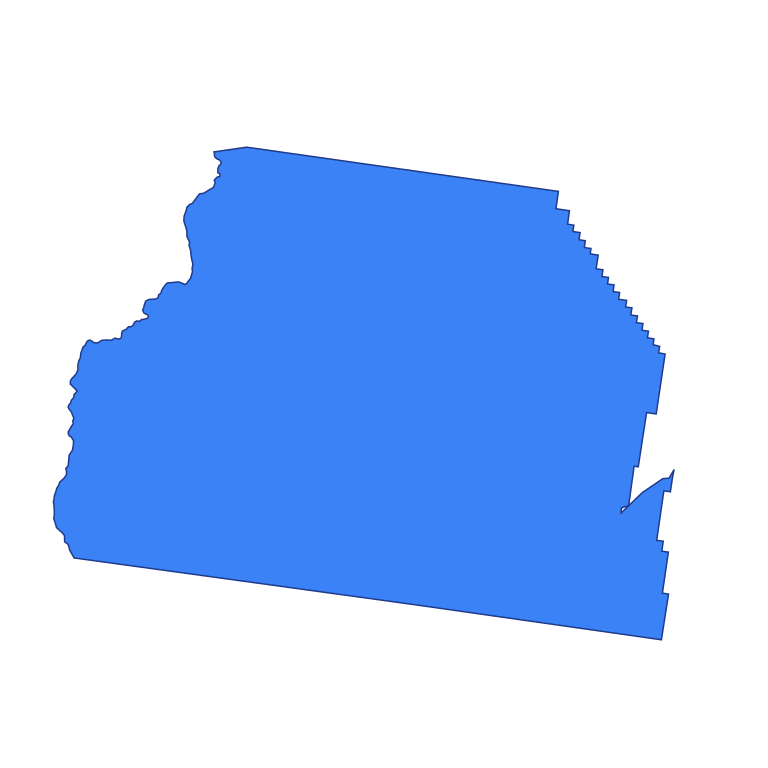 outline of Churchill, Nevada, United States of America, rotated 188°
{"feature_id": "52423323B65093392652388", "entity_name": "Churchill", "entity_type": "district", "adm_level": 2, "iso_a3": "USA", "parent_name": "United States of America", "parent_adm1": "Nevada", "projection": "equal_earth", "projection_center": [-117.959, 39.537], "detail": "fine", "context": "isolated", "style": "filled", "palette": "blue", "viewbox_px": 768, "rotation_deg": 188, "n_neighbors": 0, "source": "geoboundaries", "source_scale": "gbopen_adm2", "svg_char_len": 2978}
<svg xmlns="http://www.w3.org/2000/svg" viewBox="0 0 768 768"><g transform="rotate(188 384 384)"><path d="M238.1,599.0L553.0,599.4L584.7,590.2L584.3,589.3L583.7,586.7L583.3,585.8L582.3,584.6L581.0,583.9L579.7,583.3L578.2,583.1L577.2,582.2L575.8,580.4L576.6,578.5L577.8,577.1L578.5,574.4L577.9,570.1L575.5,569.0L575.7,566.2L577.6,566.0L579.1,564.3L580.5,562.1L579.2,560.0L580.2,554.9L583.6,552.4L589.0,547.8L593.1,546.7L596.3,541.0L599.0,536.1L601.4,534.8L603.7,531.8L604.1,528.1L605.3,522.5L604.9,517.6L602.2,511.9L600.5,508.2L599.7,502.7L596.4,497.8L596.3,494.0L594.3,489.9L592.9,484.2L591.5,480.0L589.9,476.1L590.1,471.5L589.3,468.5L590.2,462.0L592.6,457.7L593.6,455.9L595.4,454.7L596.4,455.4L601.7,456.5L606.0,455.5L608.9,454.7L612.1,454.2L613.9,452.5L615.3,449.9L616.5,447.5L617.3,445.2L617.5,442.9L619.6,440.9L619.7,438.0L621.9,436.4L625.3,435.7L628.5,435.0L631.5,433.0L632.3,429.5L632.5,426.6L633.3,423.6L631.7,421.0L629.5,420.0L627.3,419.6L626.8,418.7L626.8,417.1L627.7,416.0L630.5,414.7L633.1,414.1L635.1,411.8L637.3,412.2L639.5,410.6L641.0,406.6L643.3,405.2L644.7,405.3L646.0,404.0L646.3,402.8L648.5,401.3L650.5,400.0L650.8,397.4L650.6,395.3L650.6,393.6L651.6,392.2L653.6,391.6L656.8,392.0L660.0,389.4L665.0,389.0L669.5,388.0L671.6,386.2L673.4,384.8L676.8,384.5L681.2,386.6L683.1,385.8L684.3,384.2L685.2,380.9L687.1,378.9L687.7,376.0L688.5,372.5L688.5,370.7L688.4,367.5L689.4,364.6L689.8,361.0L689.4,357.4L689.0,355.7L689.7,353.0L690.4,350.9L692.4,348.0L694.5,344.9L694.9,343.0L694.6,340.2L692.9,339.0L690.2,337.0L688.8,335.8L686.9,334.3L687.9,332.5L689.5,330.5L689.3,327.5L691.4,324.3L691.7,321.5L692.9,319.9L693.6,317.3L692.5,315.5L689.6,312.6L687.9,309.5L686.3,306.9L687.1,303.7L686.1,301.5L687.8,298.3L689.0,295.2L690.1,292.4L689.4,290.2L688.2,288.6L686.6,288.2L684.5,285.9L683.5,284.4L683.2,281.3L683.2,278.4L683.4,274.8L684.8,272.0L685.9,269.6L685.7,265.9L685.4,258.9L687.4,256.2L686.3,253.5L685.8,250.0L687.6,246.4L691.3,241.9L692.2,238.2L693.6,235.1L694.0,231.5L694.9,227.7L694.7,224.4L695.0,221.0L694.1,218.8L693.3,214.9L692.7,211.6L692.2,207.8L692.4,205.1L691.4,203.0L689.8,199.7L688.3,196.2L685.1,194.0L682.0,192.0L679.3,189.4L678.3,183.2L674.4,181.2L672.3,176.1L670.2,173.2L667.5,169.8L666.7,168.6L328.8,169.7L73.7,169.3L73.0,215.6L79.2,215.6L79.0,257.1L85.6,257.1L85.6,267.2L92.2,267.1L92.0,317.1L85.4,317.1L85.3,330.9L84.8,339.7L88.6,330.4L94.7,329.1L112.9,312.6L131.2,289.3L131.7,294.2L124.8,297.7L124.9,337.4L120.7,337.4L120.0,392.2L110.3,392.2L109.8,452.8L116.3,453.1L116.3,459.6L122.9,460.4L123.0,466.3L129.5,466.4L129.5,473.1L136.0,473.2L136.0,479.9L142.6,479.9L142.5,486.7L149.2,486.6L149.1,494.0L155.4,493.8L155.4,500.6L163.4,500.5L163.4,507.4L170.0,507.4L170.0,514.2L176.5,514.1L176.6,520.8L183.1,520.7L183.1,527.6L190.0,527.6L189.8,541.4L197.9,541.6L197.9,547.0L204.6,547.0L204.6,553.9L210.9,554.0L210.9,561.2L218.2,561.3L218.1,567.7L224.4,567.8L224.5,581.4L238.1,581.5L238.1,599.0Z" fill="#3b82f6" stroke="#1e3a8a" stroke-width="1.5"/></g></svg>